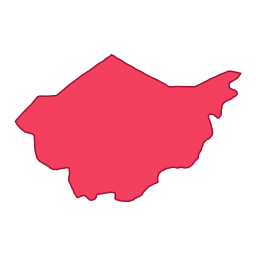 the district of Concepción Tutuapa, San Marcos, Guatemala
{"feature_id": "79465075B54986860813663", "entity_name": "Concepción Tutuapa", "entity_type": "district", "adm_level": 2, "iso_a3": "GTM", "parent_name": "Guatemala", "parent_adm1": "San Marcos", "projection": "albers", "projection_center": [-91.85, 15.29], "detail": "fine", "context": "isolated", "style": "filled", "palette": "rose", "viewbox_px": 256, "rotation_deg": 0, "n_neighbors": 0, "source": "geoboundaries", "source_scale": "gbopen_adm2", "svg_char_len": 2144}
<svg xmlns="http://www.w3.org/2000/svg" viewBox="0 0 256 256"><path d="M240.6,73.3L231.1,71.2L228.4,71.3L218.0,75.4L216.6,76.4L209.3,79.3L207.9,80.4L199.4,84.6L194.6,86.8L176.0,86.5L171.8,86.9L171.1,86.6L169.3,87.1L165.1,84.2L155.5,79.1L151.9,77.7L144.7,73.9L143.9,73.3L141.6,71.9L135.8,69.2L133.6,67.6L125.5,63.3L123.3,61.7L120.8,60.1L116.3,57.9L114.5,56.3L111.3,54.8L109.8,56.3L105.5,59.0L103.3,61.0L98.5,63.8L94.0,67.2L88.6,71.2L87.6,71.4L87.1,72.1L82.1,75.1L81.5,75.7L69.2,84.9L60.4,92.4L56.4,95.6L48.2,96.2L40.1,96.1L37.6,96.7L30.9,104.9L22.5,113.2L17.3,119.2L16.8,119.3L15.4,121.5L17.5,124.9L20.7,128.5L25.2,132.0L32.9,134.1L34.3,135.8L35.0,150.3L37.1,158.1L39.5,161.1L48.1,166.2L51.1,168.5L52.9,169.3L57.0,169.6L59.4,168.8L64.4,168.2L65.3,167.7L67.9,167.7L69.2,168.6L69.5,174.3L68.8,177.6L68.8,180.6L72.3,188.6L73.0,189.5L74.0,192.7L75.8,195.1L76.5,196.8L77.6,197.7L80.4,196.5L83.1,195.5L84.6,195.7L86.3,196.6L89.4,199.7L90.8,200.3L94.6,199.4L96.2,197.2L96.7,195.1L97.4,194.3L102.4,193.6L110.6,192.2L113.7,192.6L114.8,192.9L115.4,194.6L115.2,197.7L114.9,198.2L115.5,199.1L116.6,199.9L118.0,199.9L118.6,200.4L123.5,201.2L129.7,201.2L131.7,200.2L133.6,199.8L134.4,199.1L135.2,198.1L136.0,198.1L137.7,197.0L138.9,196.6L140.3,196.0L142.3,194.1L142.5,193.4L143.8,191.8L144.6,190.8L149.0,186.4L150.7,185.6L154.6,183.5L156.0,183.2L157.9,182.1L157.6,177.9L158.2,175.4L158.7,173.8L160.0,172.4L161.3,171.1L163.0,170.4L163.6,170.0L165.0,169.4L165.1,168.9L171.7,167.4L174.0,167.2L177.6,168.1L178.9,167.4L181.8,167.3L184.5,167.9L187.2,167.7L188.7,167.2L192.4,164.7L195.7,160.2L196.6,159.9L198.1,157.8L198.8,153.8L199.3,152.9L201.1,150.3L201.7,147.8L203.9,142.3L206.8,139.6L208.0,139.2L209.2,138.6L211.5,135.9L212.3,134.5L212.5,132.6L212.1,128.7L211.5,127.5L210.9,124.2L208.4,117.1L208.7,115.0L210.0,114.1L213.1,114.5L214.5,115.3L217.6,118.0L219.1,117.8L221.1,114.9L221.3,109.2L221.9,107.8L221.9,105.8L223.0,103.7L225.6,101.4L230.7,99.1L232.9,97.7L233.2,97.0L235.4,96.2L237.1,94.4L236.9,91.7L234.9,90.2L231.2,89.0L229.4,87.6L229.0,84.7L229.5,83.0L231.8,81.5L237.2,78.2L240.0,74.7L240.6,73.3Z" fill="#f43f5e" stroke="#9f1239" stroke-width="1.5"/></svg>